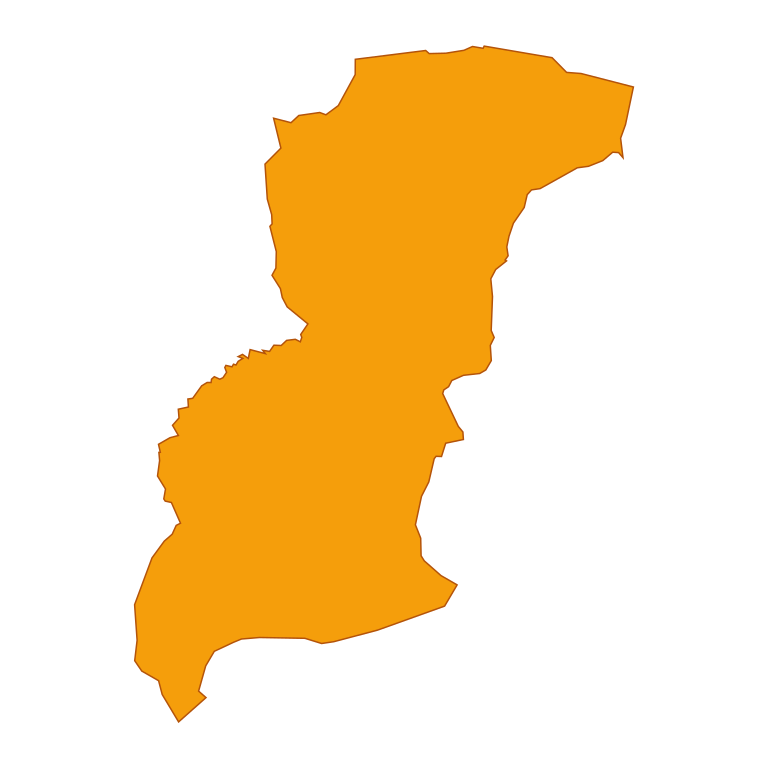 Suehn Mecca, Bomi, Liberia (Mercator projection)
{"feature_id": "62588387B34365926899718", "entity_name": "Suehn Mecca", "entity_type": "district", "adm_level": 2, "iso_a3": "LBR", "parent_name": "Liberia", "parent_adm1": "Bomi", "projection": "mercator", "projection_center": [-10.641, 6.716], "detail": "medium", "context": "isolated", "style": "filled", "palette": "amber", "viewbox_px": 768, "rotation_deg": 0, "n_neighbors": 0, "source": "geoboundaries", "source_scale": "gbopen_adm2", "svg_char_len": 1919}
<svg xmlns="http://www.w3.org/2000/svg" viewBox="0 0 768 768"><path d="M273.6,118.2L280.9,148.1L265.0,164.1L267.3,199.1L271.7,214.7L272.1,223.9L269.9,226.3L276.3,251.6L275.9,268.1L272.0,275.3L280.4,288.6L282.3,297.6L287.2,306.9L307.9,323.9L300.7,334.5L301.8,337.4L300.3,341.8L295.3,339.3L286.6,340.4L281.2,345.5L273.9,345.2L269.6,351.4L262.7,350.3L265.3,353.6L250.1,349.6L248.3,358.4L242.5,354.4L238.2,356.6L242.9,358.4L238.2,361.3L236.0,365.0L233.5,364.2L232.0,366.8L225.9,365.4L224.8,367.5L226.6,372.3L223.0,377.7L219.8,379.2L214.3,376.7L211.5,379.2L211.1,382.5L207.1,382.5L201.7,385.8L192.7,398.3L187.9,399.0L188.4,407.0L178.3,409.2L179.0,418.0L172.5,425.3L178.4,435.5L170.0,437.7L158.5,444.3L160.3,452.3L158.9,452.4L159.6,460.6L157.5,476.0L165.5,489.0L163.8,498.9L165.2,501.1L171.4,502.5L180.5,523.2L176.2,525.4L172.2,534.2L164.3,541.1L152.0,557.9L134.6,604.7L137.1,640.3L134.7,660.7L141.8,671.1L158.6,680.7L162.2,694.5L178.6,721.9L206.0,697.6L198.6,691.1L205.7,665.9L214.3,651.3L233.5,642.3L241.5,639.0L259.5,637.5L304.9,638.3L321.6,643.5L333.8,641.7L377.6,630.1L444.6,606.1L457.1,584.9L441.0,575.6L424.3,560.9L421.1,555.8L420.7,538.2L415.4,524.8L421.5,496.3L428.8,481.9L434.2,458.7L436.1,456.3L441.5,456.5L445.7,443.2L463.4,439.5L462.9,432.0L458.3,426.4L442.7,393.6L443.8,389.9L448.6,386.7L451.8,380.5L463.5,375.3L479.7,373.5L485.8,370.0L491.3,360.6L490.3,345.4L494.2,337.5L491.2,330.5L492.5,296.5L490.8,278.8L495.7,269.5L506.5,260.9L505.1,260.0L508.1,255.8L506.8,246.9L509.0,236.2L513.4,223.2L524.2,207.5L527.2,194.7L531.5,189.9L540.1,188.6L577.3,167.8L588.5,166.3L602.8,160.6L612.7,152.2L618.6,152.6L623.0,157.7L620.6,138.2L625.5,124.6L633.4,87.0L581.0,73.5L566.6,72.4L552.1,57.7L484.2,46.1L483.1,48.3L472.5,46.5L464.0,50.3L445.9,53.2L429.2,53.6L425.7,50.5L355.3,59.3L355.2,74.6L338.3,105.6L325.9,114.8L319.7,112.5L298.8,115.5L291.0,122.7L273.6,118.2Z" fill="#f59e0b" stroke="#b45309" stroke-width="1.5"/></svg>